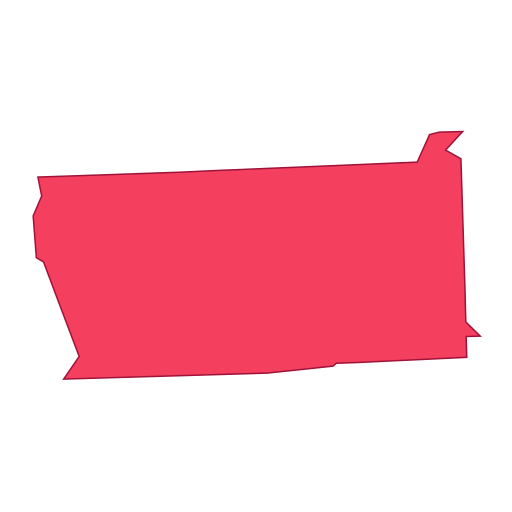 the district of Dougherty, Georgia, United States of America, rotated 358°
{"feature_id": "52423323B49559413251956", "entity_name": "Dougherty", "entity_type": "district", "adm_level": 2, "iso_a3": "USA", "parent_name": "United States of America", "parent_adm1": "Georgia", "projection": "albers", "projection_center": [-84.195, 31.543], "detail": "fine", "context": "isolated", "style": "filled", "palette": "rose", "viewbox_px": 512, "rotation_deg": 358, "n_neighbors": 0, "source": "geoboundaries", "source_scale": "gbopen_adm2", "svg_char_len": 475}
<svg xmlns="http://www.w3.org/2000/svg" viewBox="0 0 512 512"><g transform="rotate(358 256 256)"><path d="M183.1,169.6L40.8,169.5L43.9,188.6L34.7,208.2L36.4,250.0L43.5,254.6L57.0,294.8L75.8,350.2L59.5,372.3L263.4,373.4L329.3,368.7L332.4,366.0L352.8,366.0L463.1,364.6L463.2,343.8L477.3,343.9L463.4,329.3L463.7,294.8L464.2,166.0L449.1,156.8L466.9,138.8L443.5,138.6L433.7,140.7L420.4,167.8L217.3,169.2L183.1,169.6Z" fill="#f43f5e" stroke="#9f1239" stroke-width="1.5"/></g></svg>